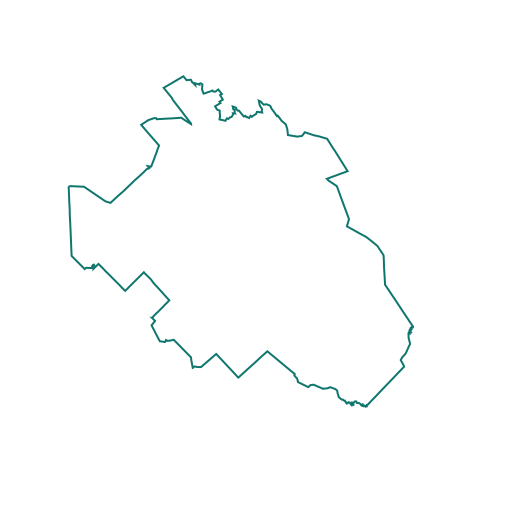 the district of Liepnas pag., Aluksne, Latvia, rotated 46°
{"feature_id": "27541924B54101653992285", "entity_name": "Liepnas pag.", "entity_type": "district", "adm_level": 2, "iso_a3": "LVA", "parent_name": "Latvia", "parent_adm1": "Aluksne", "projection": "natural_earth1", "projection_center": [27.546, 57.349], "detail": "fine", "context": "isolated", "style": "outline", "palette": "teal", "viewbox_px": 512, "rotation_deg": 46, "n_neighbors": 0, "source": "geoboundaries", "source_scale": "gbopen_adm2", "svg_char_len": 5600}
<svg xmlns="http://www.w3.org/2000/svg" viewBox="0 0 512 512"><g transform="rotate(46 256 256)"><path d="M258.6,131.2L236.1,126.4L232.0,125.7L221.1,123.4L213.5,127.7L209.4,130.5L200.9,134.9L201.6,139.5L199.0,143.1L198.9,143.3L194.6,146.5L191.2,149.0L186.4,145.3L182.0,143.1L176.6,143.7L173.3,143.2L170.1,142.9L170.0,143.5L169.9,143.8L169.5,143.7L163.7,142.8L163.3,142.7L162.3,142.7L161.1,142.5L159.9,142.2L158.9,141.7L157.6,141.5L154.2,143.0L152.4,145.4L148.2,145.3L146.2,146.1L149.8,148.4L150.8,148.8L154.6,149.6L155.5,151.0L157.1,151.9L153.0,155.1L153.9,157.2L153.2,160.3L153.0,162.3L151.9,162.4L151.4,162.5L152.0,165.2L149.6,165.9L149.4,166.4L147.8,166.3L147.2,167.9L143.3,167.6L139.6,167.3L139.1,168.0L137.1,168.2L135.5,167.4L132.3,168.9L134.7,170.3L134.8,170.4L135.9,169.9L136.0,170.0L137.1,170.7L137.9,171.8L138.9,172.1L137.3,173.5L138.2,174.0L139.0,177.0L138.2,178.5L138.2,180.7L136.8,181.3L137.5,184.1L135.1,185.6L132.4,187.4L130.4,184.7L127.2,182.1L126.2,181.1L123.7,182.3L119.9,181.5L120.7,177.9L121.3,175.3L119.6,175.0L120.5,171.3L115.3,170.0L115.8,168.0L110.0,167.5L109.6,171.0L108.1,172.4L106.7,172.4L105.8,174.7L105.0,176.3L103.8,179.0L102.8,180.9L98.6,179.1L97.9,178.3L95.3,175.3L93.4,175.8L92.4,177.7L93.0,177.9L89.3,179.9L90.9,181.0L87.4,181.0L86.5,181.2L84.0,180.4L81.3,183.8L76.3,183.4L75.7,185.8L73.3,195.8L72.7,198.2L70.9,205.6L83.9,206.7L86.0,207.4L97.2,208.6L111.5,210.3L115.5,210.7L116.0,211.1L113.7,211.6L112.7,211.9L111.1,212.3L109.8,212.6L107.6,213.1L104.4,213.8L103.7,214.8L101.9,217.0L98.9,220.5L98.1,221.5L97.5,222.1L96.1,223.7L95.0,225.0L91.2,229.4L88.6,232.4L87.6,232.1L86.3,233.1L83.7,238.5L83.6,239.1L83.4,239.2L83.4,239.3L81.9,247.5L85.0,247.7L109.2,249.0L110.9,252.7L113.1,257.0L113.5,258.0L115.3,261.6L116.7,264.6L118.7,269.0L118.8,269.2L118.8,269.5L116.2,271.5L118.7,271.7L118.7,271.9L117.6,274.3L117.7,278.0L117.6,283.7L117.5,286.5L117.3,290.7L117.3,301.5L117.3,306.8L116.9,313.7L116.7,323.8L112.2,326.3L87.2,331.5L86.5,331.8L76.8,341.0L76.5,341.5L76.3,341.9L76.5,343.1L77.2,343.7L78.3,344.6L80.9,347.0L84.5,350.1L86.5,352.0L92.2,356.9L95.3,359.7L95.7,360.2L101.5,365.3L102.0,365.6L104.4,367.8L108.3,371.2L122.9,384.2L127.9,388.6L141.1,388.4L146.4,388.3L146.5,386.3L147.8,385.2L151.0,382.2L150.5,381.9L149.7,381.2L149.3,380.4L149.3,379.0L149.6,378.6L150.0,378.7L150.6,379.0L151.4,379.8L151.9,380.4L152.3,381.1L152.3,374.8L160.7,374.7L161.6,374.8L168.9,374.6L181.5,374.4L187.8,374.4L190.2,374.3L190.2,371.2L190.1,368.9L189.8,348.0L190.2,348.1L196.8,347.9L199.3,347.8L200.3,347.9L201.5,348.1L204.8,348.5L205.2,348.5L210.4,348.6L211.1,348.6L227.7,349.2L227.8,355.0L228.0,360.6L228.1,366.2L228.0,367.5L228.1,370.7L228.3,373.7L228.2,373.8L232.6,373.7L233.3,379.3L246.0,383.1L249.8,384.2L250.5,384.4L254.6,381.3L254.7,381.1L253.9,379.1L255.3,378.7L255.3,378.8L255.4,378.7L255.5,378.6L255.9,378.1L256.6,377.3L257.1,376.8L257.2,376.5L257.6,375.9L258.2,374.9L258.5,374.4L259.1,373.4L276.7,373.2L282.0,373.2L283.5,373.1L284.0,373.4L284.3,373.6L284.5,373.7L284.4,373.7L286.1,375.0L287.0,375.5L288.8,376.8L292.5,379.2L292.7,378.5L292.5,377.8L292.6,377.3L292.9,376.7L294.4,375.9L295.2,375.2L297.7,372.7L298.4,360.4L298.8,352.7L320.7,353.0L329.6,353.2L330.7,353.3L331.2,353.2L331.4,347.0L331.6,340.8L331.8,334.7L332.0,328.8L332.1,322.7L332.4,316.1L332.3,315.9L332.5,314.0L335.5,313.7L335.8,313.7L340.1,313.2L343.6,312.8L365.5,310.4L367.8,310.1L368.1,310.9L368.4,311.3L371.0,311.6L372.5,311.5L374.9,312.7L375.8,313.4L386.6,309.5L386.7,308.1L386.7,306.7L386.8,306.3L388.5,304.1L388.8,303.9L393.6,301.9L396.3,300.7L397.5,300.3L397.7,300.1L398.2,300.0L398.3,299.9L398.3,299.7L401.0,296.2L401.3,295.3L401.8,293.9L402.0,293.7L406.7,291.4L409.2,291.1L410.2,291.8L411.0,292.4L414.0,293.9L414.9,294.5L415.5,294.4L416.6,294.4L418.9,294.1L419.3,293.5L419.6,293.2L420.7,293.2L421.1,293.2L421.9,292.5L422.1,292.6L422.4,292.9L424.1,292.8L424.9,293.3L425.1,293.3L425.3,292.7L425.6,292.5L425.7,292.3L425.4,291.1L425.5,290.8L426.4,290.5L427.7,290.6L428.2,290.8L429.2,290.8L429.9,291.0L430.1,290.9L430.0,290.2L430.5,289.6L430.8,289.3L430.7,289.2L429.3,289.1L428.5,289.0L427.9,289.1L427.9,288.8L428.3,288.6L428.9,288.5L429.3,288.4L429.6,287.9L429.4,287.4L429.2,286.2L429.4,285.7L430.3,284.9L430.6,284.9L431.4,285.4L431.7,285.5L432.0,285.4L433.1,284.3L433.7,283.9L435.4,283.7L436.6,284.0L437.1,283.9L437.5,283.7L437.5,283.2L436.7,282.7L436.8,282.3L437.1,282.4L438.0,282.9L438.5,283.1L438.8,283.0L439.0,281.8L439.4,281.7L440.5,281.9L441.1,280.8L440.3,280.3L440.2,279.9L440.5,279.8L440.6,278.0L440.5,277.9L440.1,266.7L439.8,260.0L439.6,254.7L439.4,249.6L438.5,226.4L437.6,225.9L431.4,224.2L430.4,221.1L430.2,216.4L429.2,213.7L427.4,209.3L426.3,206.2L420.9,203.1L418.0,200.4L418.2,200.1L417.6,200.1L417.5,199.9L418.1,199.7L417.9,199.3L417.8,199.2L418.2,199.2L418.3,199.2L418.5,199.1L418.2,198.8L418.1,198.2L418.4,198.0L418.6,198.0L418.7,197.7L418.4,197.7L418.1,197.7L417.9,197.7L418.0,197.4L417.8,197.3L417.7,197.3L417.5,197.5L417.2,197.6L416.9,197.6L416.7,197.4L416.8,197.2L416.7,197.1L416.0,197.0L415.9,196.6L415.8,196.4L415.7,196.2L415.8,195.9L416.2,195.6L416.5,195.5L416.9,195.5L417.0,195.4L417.0,195.2L416.8,195.1L416.4,195.2L416.2,195.2L415.9,195.0L415.4,194.9L415.2,194.7L415.2,193.6L415.4,193.3L415.6,193.2L416.2,193.2L416.4,193.0L416.4,192.9L416.0,192.1L412.3,191.4L408.9,190.9L408.7,190.8L399.2,189.1L387.5,186.9L378.0,185.2L366.3,183.1L357.6,175.6L353.6,172.2L348.2,167.3L346.5,165.8L344.0,163.7L333.1,161.7L326.9,162.4L318.8,163.5L311.7,165.8L297.8,170.0L294.1,163.5L280.6,157.6L261.9,149.3L252.2,151.4L249.7,151.4L258.6,131.2Z" fill="none" stroke="#0f766e" stroke-width="2"/></g></svg>